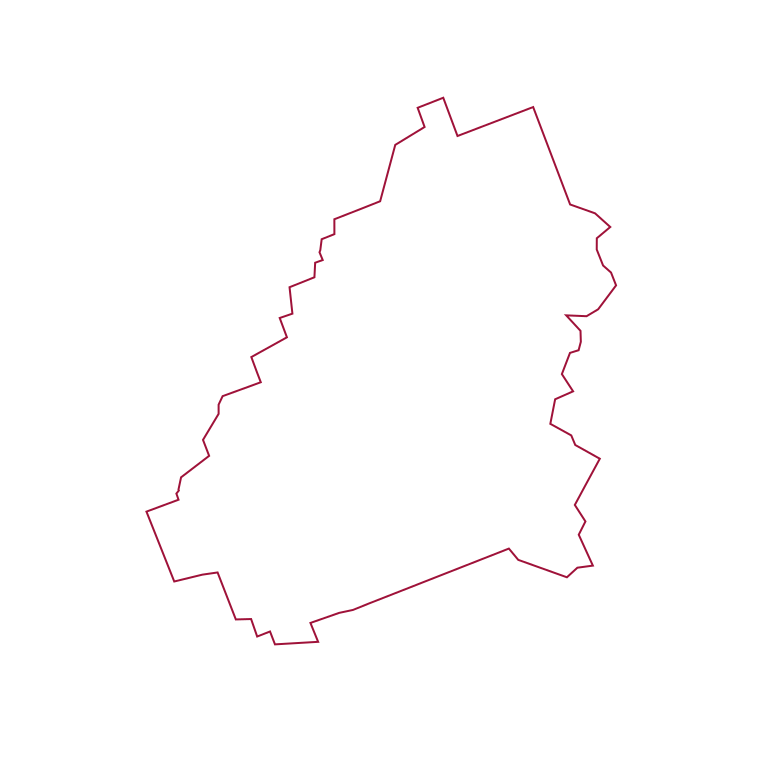 Shelby, Alabama, United States of America (Mercator projection), rotated 339°
{"feature_id": "52423323B89355331485408", "entity_name": "Shelby", "entity_type": "district", "adm_level": 2, "iso_a3": "USA", "parent_name": "United States of America", "parent_adm1": "Alabama", "projection": "mercator", "projection_center": [-86.665, 33.283], "detail": "fine", "context": "isolated", "style": "outline", "palette": "rose", "viewbox_px": 768, "rotation_deg": 339, "n_neighbors": 0, "source": "geoboundaries", "source_scale": "gbopen_adm2", "svg_char_len": 1138}
<svg xmlns="http://www.w3.org/2000/svg" viewBox="0 0 768 768"><g transform="rotate(339 384 384)"><path d="M514.4,138.2L514.0,158.6L480.2,164.8L445.9,212.0L428.6,212.2L396.7,212.4L391.4,226.3L377.7,226.5L372.5,236.2L371.0,237.9L371.2,246.3L363.2,246.1L357.3,259.4L330.5,259.8L323.7,285.5L310.3,285.0L310.1,305.6L269.8,311.3L269.6,327.9L269.6,338.2L262.7,338.1L229.0,337.5L222.2,344.0L218.9,352.6L195.0,371.3L195.0,388.4L161.1,398.4L154.3,408.9L154.3,409.9L150.9,411.9L150.7,418.4L116.5,418.0L117.4,493.2L146.1,496.9L161.1,500.3L161.3,550.7L175.7,555.8L175.1,574.3L188.9,574.2L188.9,588.0L230.1,601.1L229.7,580.7L260.1,581.6L274.0,583.8L291.6,583.5L348.0,583.1L441.6,582.4L446.3,596.3L485.5,630.0L498.7,624.8L513.9,628.4L511.8,594.5L522.8,584.5L518.8,565.3L534.5,551.8L558.7,531.1L540.7,509.5L540.4,499.1L525.0,480.8L538.3,459.6L557.9,458.6L553.6,438.5L568.8,421.6L577.8,422.2L582.9,415.1L586.5,404.8L578.7,385.2L597.4,393.3L610.7,391.0L636.0,375.1L635.9,361.3L631.0,351.9L630.8,334.7L634.9,324.2L651.5,318.5L642.2,300.3L622.1,283.1L622.5,178.9L541.5,178.8L541.9,138.0L514.4,138.2Z" fill="none" stroke="#9f1239" stroke-width="2"/></g></svg>